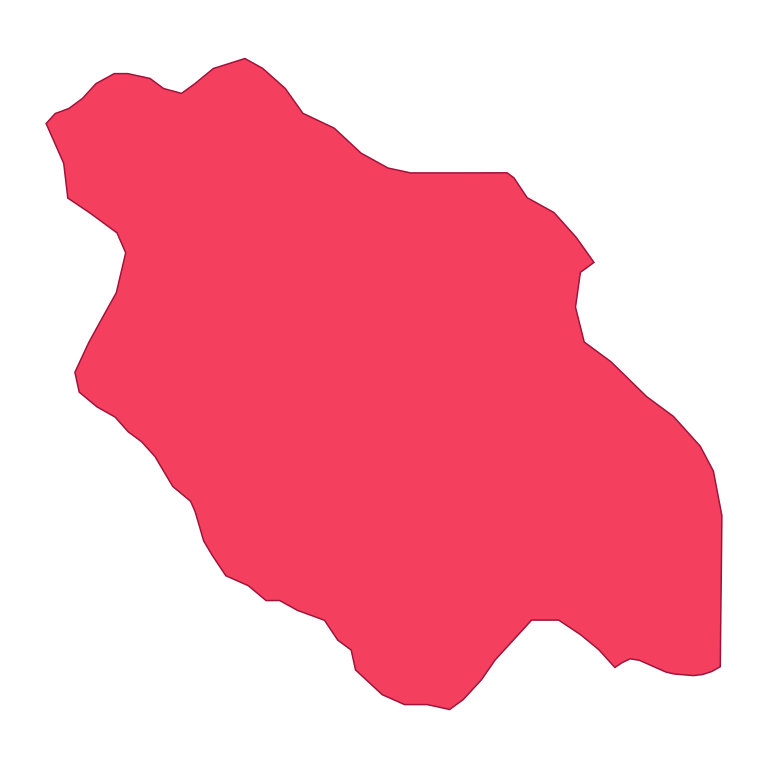 the district of Unhung, Ryanggang, North Korea
{"feature_id": "82179303B62384537244682", "entity_name": "Unhung", "entity_type": "district", "adm_level": 2, "iso_a3": "PRK", "parent_name": "North Korea", "parent_adm1": "Ryanggang", "projection": "mercator", "projection_center": [128.55, 41.324], "detail": "fine", "context": "isolated", "style": "filled", "palette": "rose", "viewbox_px": 768, "rotation_deg": 0, "n_neighbors": 0, "source": "geoboundaries", "source_scale": "gbopen_adm2", "svg_char_len": 1212}
<svg xmlns="http://www.w3.org/2000/svg" viewBox="0 0 768 768"><path d="M195.0,511.3L199.4,526.2L203.7,541.0L212.6,555.9L225.9,575.8L248.3,585.7L266.1,600.6L279.6,600.5L297.5,610.4L324.5,620.3L337.8,640.2L351.2,650.1L355.5,669.9L382.2,694.7L404.6,704.6L427.1,704.6L449.6,709.5L463.2,699.6L481.5,679.7L495.2,659.9L513.4,640.0L531.6,620.1L558.7,620.1L581.0,635.0L598.9,649.8L614.9,667.5L621.8,662.8L630.2,658.8L639.4,660.3L665.8,672.0L674.3,674.0L693.4,675.6L702.6,674.5L711.8,671.5L720.3,666.7L720.7,624.9L721.4,565.4L721.9,515.7L713.4,471.1L700.2,446.2L673.4,416.4L646.6,396.6L611.0,361.8L584.2,342.0L575.5,307.2L580.4,272.3L594.0,262.4L576.3,237.5L554.0,212.6L527.2,197.7L513.9,177.8L507.1,172.8L455.4,172.9L410.4,172.9L387.9,168.0L361.0,153.1L334.3,128.2L302.9,113.3L285.2,88.4L262.8,68.5L244.9,58.5L213.3,68.5L195.1,83.5L181.5,93.4L163.5,88.5L150.1,78.5L127.7,73.6L114.2,73.6L96.0,83.6L82.4,98.5L68.8,108.5L55.2,113.5L46.1,123.5L63.7,163.3L67.8,198.1L90.1,213.1L117.0,232.9L125.7,252.8L116.3,292.7L102.5,317.5L88.8,342.4L74.9,372.3L79.2,392.1L97.1,407.0L115.0,417.0L128.3,431.9L141.7,441.8L155.1,456.7L163.9,471.6L172.8,486.5L190.6,501.3L195.0,511.3Z" fill="#f43f5e" stroke="#9f1239" stroke-width="1.5"/></svg>